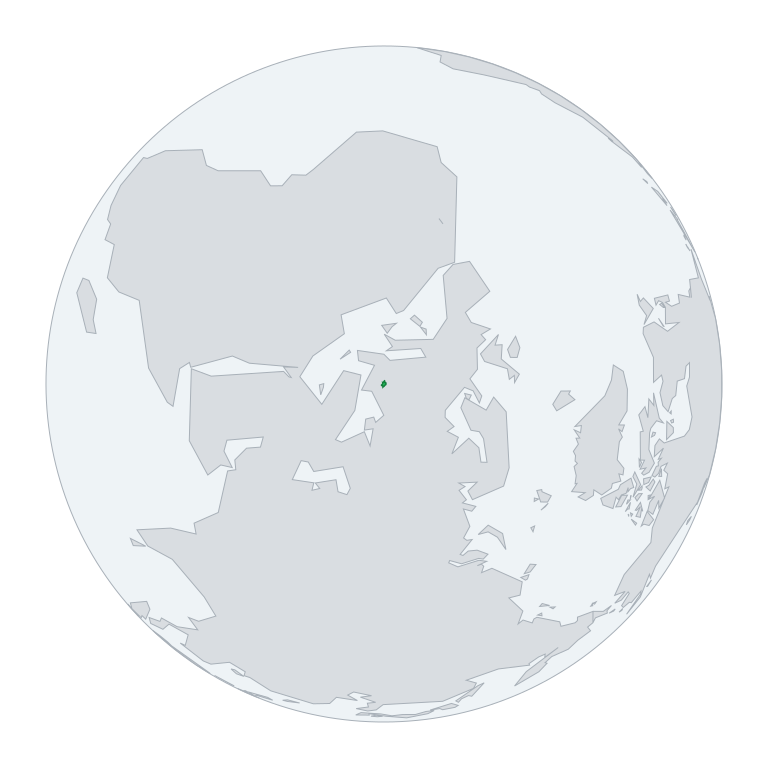 the Earth from above Pleven, rotated 128°
{"feature_id": "BGR-2248", "entity_name": "Pleven", "entity_type": "Province", "adm_level": 1, "iso_a3": "BGR", "parent_name": "Bulgaria", "parent_adm1": "", "projection": "orthographic", "projection_center": [24.614, 43.502], "detail": "fine", "context": "on_globe", "style": "filled", "palette": "green", "viewbox_px": 768, "rotation_deg": 128, "n_neighbors": 0, "source": "natural_earth", "source_scale": "10m", "svg_char_len": 11724}
<svg xmlns="http://www.w3.org/2000/svg" viewBox="0 0 768 768"><g transform="rotate(128 384 384)"><circle cx="384" cy="384" r="338" fill="#eef3f6" stroke="#a8b0b8"/><path d="M255.2,71.6L269.0,68.0L259.4,71.3L264.7,70.4L277.1,66.4L284.0,64.2L319.2,61.4L360.3,57.9L372.9,54.5L370.5,57.7L394.0,50.9L416.1,51.1L391.4,52.5L389.0,54.0L404.1,54.5L405.0,56.3L412.8,57.9L412.4,60.3L398.0,61.8L397.5,63.6L408.2,63.9L414.7,67.2L399.0,66.3L408.6,72.1L386.3,77.4L344.6,76.1L332.3,83.9L289.7,96.2L293.7,98.2L280.1,105.2L279.7,110.4L271.9,112.0L278.3,115.0L285.4,112.6L290.6,113.3L291.1,116.5L281.2,118.7L279.6,117.4L276.9,119.8L271.8,119.7L274.5,121.5L262.5,124.3L274.9,126.3L265.7,132.6L257.7,133.2L258.0,126.9L240.1,115.2L232.0,115.3L220.3,121.0L199.2,144.2L190.5,147.5L179.1,156.4L184.0,157.0L194.8,150.5L201.2,154.7L213.5,147.0L218.0,147.9L230.9,143.1L229.4,150.9L220.9,161.2L210.1,165.8L206.1,170.8L216.8,172.6L197.1,188.1L184.8,210.8L179.6,214.5L168.8,209.4L167.9,193.0L153.9,189.4L163.3,199.2L150.3,209.5L148.3,214.7L149.3,218.9L154.4,218.2L150.0,223.7L139.1,215.2L142.9,210.1L146.3,212.5L145.7,205.2L138.3,201.0L132.3,207.3L127.3,196.5L123.0,201.1L119.4,201.8L126.7,194.9L113.5,207.5L106.8,201.6L88.7,225.2L106.0,198.3L111.9,188.0L117.5,178.4L114.5,181.9L126.0,166.2L128.0,163.4L146.0,144.1L165.4,126.3L186.2,110.0L208.2,95.4L231.2,82.6L255.2,71.6ZM92.4,213.3L91.9,214.1L91.6,214.6L92.4,213.3ZM56.8,299.8L57.0,299.1L56.0,306.0L52.3,320.1L54.7,314.3L52.2,327.9L52.6,352.4L51.6,353.6L51.4,391.6L57.1,422.4L58.4,438.4L57.1,442.0L60.4,452.1L60.6,456.5L79.1,496.0L93.1,523.6L95.7,538.1L89.9,541.2L98.6,564.8L97.1,562.5L84.7,540.9L74.0,518.5L65.0,495.4L57.7,471.7L52.1,447.5L48.3,422.9L46.4,398.2L46.2,373.4L47.9,348.6L51.4,324.0L56.8,299.8ZM84.1,231.6L70.8,265.7L73.5,253.9L73.9,254.3L78.3,243.9L84.8,229.0L88.6,220.2L84.1,231.6ZM88.9,229.5L90.8,224.7L89.6,228.5L88.9,229.5ZM286.9,63.1L277.3,66.3L265.8,69.5L273.7,66.5L286.9,63.1ZM308.9,59.0L304.6,60.5L299.0,60.3L303.2,59.4L308.9,59.0ZM381.7,52.3L373.7,52.6L381.2,51.7L381.7,52.3ZM413.9,57.7L415.9,57.2L419.1,58.3L413.9,57.7ZM230.8,139.3L230.8,141.2L228.4,141.1L230.8,139.3ZM236.4,135.7L233.6,134.3L235.9,132.3L237.6,133.3L236.4,135.7ZM421.5,63.2L426.0,65.5L418.9,63.3L421.5,63.2ZM239.3,138.1L240.2,129.2L244.2,126.0L253.9,127.1L239.3,138.1ZM427.0,67.0L438.1,73.4L443.5,72.4L434.5,79.3L428.1,71.2L418.5,68.4L425.4,68.7L427.0,67.0ZM287.6,110.6L279.9,113.2L285.9,108.3L287.6,110.6ZM290.1,107.4L301.1,92.7L312.6,91.0L306.6,95.9L321.2,91.9L321.4,98.2L313.4,101.8L305.9,101.6L311.7,104.3L290.1,107.4ZM427.8,82.5L428.3,84.5L425.0,82.7L427.8,82.5ZM293.2,113.3L294.4,110.2L304.4,108.4L303.9,114.2L300.8,112.9L293.2,113.3ZM324.9,88.0L332.3,88.0L334.5,93.0L337.6,93.8L322.4,98.2L324.9,88.0ZM298.7,114.9L303.3,117.3L298.9,121.1L292.7,116.2L298.7,114.9ZM307.3,105.6L312.0,105.1L309.2,107.2L307.3,105.6ZM286.0,136.9L287.2,132.8L292.5,131.4L286.0,136.9ZM305.3,118.0L306.8,116.7L309.0,115.8L311.1,118.2L305.3,118.0ZM325.0,101.7L324.3,103.9L331.3,100.0L333.2,104.0L322.7,106.4L328.0,107.1L328.7,108.3L319.4,109.0L325.0,101.7ZM319.9,118.1L307.2,123.2L303.7,130.9L298.9,132.2L305.3,119.8L319.9,118.1ZM320.4,112.6L319.0,116.3L313.7,115.8L311.4,113.1L320.4,112.6ZM338.3,106.0L338.1,99.2L340.4,99.0L338.3,106.0ZM319.9,120.4L323.0,119.1L320.3,120.9L319.9,120.4ZM333.8,110.4L333.4,107.9L336.1,107.7L333.8,110.4ZM329.5,118.9L325.3,120.4L323.6,118.5L329.5,118.9ZM332.3,115.0L336.0,115.3L325.5,116.9L331.7,113.9L332.3,115.0ZM336.4,110.5L337.8,109.6L336.2,111.6L336.4,110.5ZM338.2,125.7L325.4,128.1L321.7,123.7L334.7,121.8L338.2,125.7ZM185.3,540.8L164.3,488.2L174.3,475.3L175.9,454.1L244.6,403.3L259.5,412.6L314.0,413.8L320.9,417.7L314.8,435.1L355.9,460.4L368.8,446.2L405.7,457.3L430.1,454.8L438.3,420.5L398.3,424.0L391.1,407.7L422.8,390.7L457.7,388.0L456.0,381.7L433.7,370.1L441.4,356.8L426.0,365.0L432.4,371.1L422.9,376.8L416.4,371.7L419.4,366.9L408.8,364.9L397.3,389.2L402.6,398.0L375.1,403.0L381.3,418.4L373.9,425.6L360.6,402.4L361.7,393.8L337.1,367.6L333.4,376.9L356.4,402.6L349.3,400.4L344.6,414.5L342.6,402.1L318.5,372.7L293.5,374.7L262.0,404.2L247.3,403.2L234.7,392.1L245.8,357.7L277.5,364.0L281.8,353.1L275.1,334.0L285.3,337.9L286.5,331.2L298.4,332.9L314.9,319.4L327.0,319.5L333.2,299.6L340.2,297.2L334.5,309.5L337.1,318.5L367.0,319.5L372.7,315.3L374.4,302.6L382.4,305.0L380.2,292.6L397.3,287.5L374.5,283.8L375.8,270.0L385.9,259.5L382.3,254.6L365.8,271.9L362.9,279.5L366.9,287.0L355.4,308.8L345.1,311.8L341.7,287.4L326.8,289.5L330.7,270.6L373.0,233.8L390.8,226.9L420.7,243.1L416.7,252.0L404.0,250.2L416.0,264.1L414.9,257.0L421.6,259.4L424.5,247.8L429.4,249.0L423.9,236.3L430.2,236.5L433.6,244.5L443.3,228.7L456.3,226.5L456.2,222.5L452.3,218.8L471.4,219.1L470.5,216.2L463.8,214.8L457.6,208.3L454.1,197.3L460.9,198.0L463.1,202.0L477.9,212.2L482.7,223.6L485.1,222.9L482.6,213.2L464.5,200.7L460.5,193.9L469.7,198.6L466.0,196.3L466.2,193.2L472.6,191.0L462.8,185.5L454.8,153.3L466.6,146.8L475.7,153.9L477.4,134.8L490.5,130.6L484.4,129.1L481.0,120.1L476.9,121.2L473.7,119.9L463.2,99.1L466.0,95.4L454.5,86.4L451.3,85.9L448.6,88.0L434.5,79.3L443.5,72.4L450.2,73.9L451.3,69.3L466.5,73.5L479.5,75.5L495.5,84.0L504.4,85.5L503.7,83.6L515.4,84.8L541.6,95.2L523.1,94.8L484.4,84.5L500.5,89.0L497.6,90.7L503.9,94.1L515.1,97.6L515.9,96.2L538.1,118.4L566.8,136.8L562.8,127.1L568.8,126.1L597.9,142.4L637.2,187.3L645.6,189.5L651.7,195.5L656.9,206.1L648.1,197.4L645.8,200.6L640.0,194.6L645.3,209.8L637.3,201.9L645.4,218.3L651.5,221.1L649.8,210.1L660.2,228.6L669.2,230.1L679.5,242.8L695.5,284.3L697.9,309.0L700.0,314.7L696.2,316.2L698.4,334.4L711.3,347.9L713.5,355.9L713.6,385.1L712.3,379.7L702.2,383.9L705.6,405.6L713.4,407.2L716.3,420.4L712.6,425.3L709.0,414.4L705.4,415.3L702.6,397.6L692.4,379.4L688.3,394.3L685.1,384.0L670.4,373.6L662.5,394.6L652.5,442.9L657.1,470.4L651.0,488.9L628.9,463.4L617.9,439.7L610.6,448.0L587.3,435.5L548.8,453.7L542.8,448.0L535.7,454.8L519.2,452.8L509.8,442.5L500.1,446.5L525.0,473.2L535.4,468.8L543.3,452.2L548.3,462.8L564.2,466.8L548.6,502.5L490.6,545.2L484.2,525.0L435.9,470.9L436.9,463.3L436.6,462.5L436.0,461.1L432.4,473.6L423.8,461.9L450.5,502.9L455.3,520.7L489.8,546.6L486.8,550.6L497.7,554.5L531.5,536.5L531.8,543.5L516.4,579.3L468.8,628.4L474.7,649.6L470.6,667.4L440.2,682.4L442.0,692.7L426.2,697.9L424.6,703.1L411.4,709.0L389.7,713.8L353.6,712.9L352.0,709.4L334.8,699.9L311.3,671.5L321.1,658.5L318.1,646.0L291.9,612.5L297.7,595.4L290.5,586.3L275.9,585.5L267.5,574.1L258.6,571.8L202.5,560.8L185.3,540.8ZM221.5,436.1L219.8,442.4L219.8,442.5L221.5,436.1ZM495.4,402.1L515.8,397.4L505.1,378.5L512.1,375.3L505.9,370.3L504.3,377.2L489.0,362.9L497.2,353.9L494.0,345.1L487.0,346.3L474.4,365.3L496.2,385.5L492.1,395.6L495.4,402.1ZM52.7,353.0L52.3,358.7L51.9,354.8L52.7,353.0ZM71.5,257.4L69.8,262.6L68.1,267.2L68.9,264.1L71.5,257.4ZM63.7,299.5L63.0,306.5L62.7,301.5L63.7,299.5ZM69.2,270.8L64.2,294.5L63.7,286.7L67.3,272.0L66.2,278.9L69.2,270.8ZM84.6,234.4L83.0,238.4L81.8,239.7L84.6,234.4ZM88.0,232.4L88.2,231.4L90.0,228.1L88.0,232.4ZM151.0,210.0L151.7,210.9L151.6,215.8L149.4,214.9L151.0,210.0ZM164.7,231.4L157.4,239.8L161.1,232.8L156.5,232.6L158.7,218.3L177.1,215.7L168.4,219.2L164.7,231.4ZM166.6,199.5L163.2,208.2L166.2,198.9L166.6,199.5ZM281.1,295.4L285.2,300.8L280.7,307.9L265.4,309.7L271.7,299.3L281.1,295.4ZM292.1,307.0L292.9,283.4L302.5,282.0L297.0,286.6L303.2,288.1L296.0,296.1L304.3,318.6L300.9,326.5L274.5,324.3L285.0,320.4L280.3,315.1L292.1,307.0ZM278.3,232.3L278.8,223.9L298.8,231.4L296.1,238.5L280.6,240.2L274.8,232.9L278.3,232.3ZM256.3,142.4L255.2,140.0L257.9,139.2L261.1,140.6L256.3,142.4ZM286.1,135.1L264.0,152.6L261.6,150.6L251.5,164.2L241.2,164.4L248.1,155.3L232.7,166.1L234.8,158.1L225.0,166.2L241.4,146.1L242.7,139.9L245.2,146.6L254.6,146.5L259.0,144.6L272.6,134.9L279.9,122.2L290.4,120.8L295.9,123.2L295.7,126.0L288.9,125.9L293.5,129.7L283.6,131.8L286.1,135.1ZM353.5,161.5L345.8,158.6L353.3,169.9L343.5,170.7L345.0,172.0L337.9,176.1L332.0,183.4L327.5,182.7L327.1,186.0L322.5,189.0L320.5,193.3L311.7,193.8L308.5,199.3L306.1,196.4L303.0,205.9L301.4,199.1L295.2,202.9L300.0,207.4L257.4,202.7L240.8,207.2L227.8,215.0L226.7,203.3L238.2,189.0L255.6,175.9L271.7,173.8L268.3,169.3L275.0,167.1L274.9,171.6L279.1,163.5L284.6,163.0L300.1,153.6L302.7,143.1L308.5,139.7L310.2,143.6L314.7,137.6L321.8,142.8L326.1,140.7L337.4,144.1L338.2,153.5L342.9,150.4L351.7,153.4L353.5,161.5ZM341.2,126.9L344.5,137.0L340.7,142.8L322.7,134.5L317.8,135.7L306.1,131.4L311.8,123.5L314.7,125.3L318.7,125.4L315.3,127.8L321.1,125.9L325.2,128.6L330.8,128.0L330.3,131.4L341.2,126.9ZM328.5,411.6L333.8,412.9L342.0,412.7L339.2,421.9L328.5,411.6ZM311.7,391.8L316.5,391.2L316.4,403.4L311.0,402.4L311.7,391.8ZM319.1,380.9L316.7,390.3L314.8,384.6L319.1,380.9ZM339.0,308.4L344.0,307.3L344.6,310.3L341.8,314.6L339.0,308.4ZM373.9,198.0L370.1,194.7L371.6,193.2L369.1,183.4L376.3,182.4L380.5,187.9L373.9,198.0ZM431.5,427.2L424.5,434.4L420.8,431.7L423.9,429.7L431.5,427.2ZM379.6,429.8L391.5,433.9L378.7,432.3L379.6,429.8ZM381.3,195.3L379.4,191.3L384.1,193.3L381.3,195.3ZM381.3,181.3L386.8,182.7L376.8,181.2L381.3,181.3ZM526.2,650.3L501.2,682.3L485.9,686.4L484.1,680.3L494.1,662.6L512.3,652.8L521.5,642.0L526.2,650.3ZM716.4,444.8L715.1,450.4L716.4,443.6L718.1,434.5L716.4,444.8ZM716.2,444.4L712.6,449.1L701.4,437.2L705.6,429.8L716.0,427.0L715.5,432.1L717.7,431.4L716.2,444.4ZM720.9,410.8L720.5,414.3L720.3,405.2L720.5,395.5L721.1,390.1L719.1,344.3L719.3,342.5L721.0,359.2L721.0,359.5L721.9,385.2L720.9,410.8ZM658.5,471.9L665.7,482.1L661.8,488.8L658.5,471.9ZM714.9,318.9L718.0,338.1L714.1,316.2L714.9,318.9ZM710.5,301.2L712.1,305.9L711.0,304.4L710.5,301.2ZM703.2,321.9L702.7,329.1L701.1,325.6L700.7,314.4L703.2,321.9ZM687.3,254.1L693.5,264.5L695.6,269.2L692.3,265.6L687.3,254.1ZM439.4,186.0L434.9,200.3L436.4,210.9L444.6,217.1L431.1,215.0L428.8,198.5L439.4,186.0ZM452.2,157.1L445.0,152.4L449.3,150.9L451.5,151.8L452.2,157.1ZM447.1,156.7L436.0,157.9L432.7,153.1L442.1,153.1L447.1,156.7ZM408.7,175.6L406.9,179.8L403.1,177.9L408.7,175.6ZM712.1,303.0L714.0,311.7L710.9,298.7L712.1,303.0ZM713.6,310.2L712.0,304.7L711.4,301.1L713.6,310.2ZM710.8,297.9L708.2,289.0L709.1,291.9L710.8,297.9ZM707.9,293.1L709.4,293.5L710.3,301.6L702.6,282.8L701.7,277.0L707.9,293.1ZM653.8,189.8L649.8,186.2L646.7,180.5L650.4,184.5L653.8,189.8ZM633.1,160.6L644.6,177.9L653.1,192.9L654.0,191.8L662.2,202.5L657.1,199.8L645.9,183.3L640.6,173.5L633.0,165.8L625.0,155.7L616.1,149.2L610.4,143.4L616.8,146.5L633.1,160.6ZM612.5,146.9L594.2,134.2L591.6,127.7L595.1,129.0L604.6,137.3L605.4,140.2L612.5,146.9ZM589.0,129.4L589.5,132.3L563.8,124.2L557.8,121.1L576.0,122.6L577.5,125.6L584.3,129.1L589.0,129.4ZM431.8,84.3L428.6,84.5L430.2,83.0L431.8,84.3ZM471.5,120.7L467.4,118.7L469.4,116.8L471.5,120.7ZM457.1,112.4L457.7,115.9L454.3,111.9L457.1,112.4ZM459.6,124.2L456.6,117.2L463.5,124.4L459.6,124.2Z" fill="#d9dde1" stroke="#a8b0b8" stroke-width="1"/><path d="M383.4,382.2L383.5,382.2L384.2,382.5L384.4,382.6L384.6,382.6L385.5,382.5L386.0,382.7L386.5,382.8L386.9,382.9L386.7,383.0L386.6,383.3L386.4,383.5L386.5,383.7L386.5,383.9L386.4,384.1L386.2,384.2L386.3,384.4L386.5,384.3L386.5,384.6L386.6,385.0L386.4,385.1L386.3,385.3L386.2,385.3L386.0,385.1L385.9,384.9L385.8,385.0L385.7,385.0L385.4,385.2L385.2,385.2L384.9,385.1L384.6,385.1L384.4,385.3L384.2,385.4L384.1,385.5L383.9,385.7L383.8,385.8L383.8,385.7L383.6,385.7L383.3,385.6L383.2,385.5L383.1,385.4L382.9,385.3L382.7,385.5L382.4,385.6L382.1,385.5L381.9,385.5L381.7,385.6L381.2,385.6L381.2,385.4L381.3,385.2L381.6,385.1L381.8,385.1L382.0,385.0L382.3,384.9L382.4,384.6L382.4,384.4L382.3,384.1L382.1,384.1L382.0,383.9L382.0,383.7L381.9,383.5L382.0,383.4L382.1,383.2L382.4,383.2L382.6,383.0L382.8,382.8L382.8,382.5L383.0,382.5L383.2,382.3L383.4,382.2Z" fill="#22c55e" stroke="#15803d" stroke-width="1.5"/></g></svg>